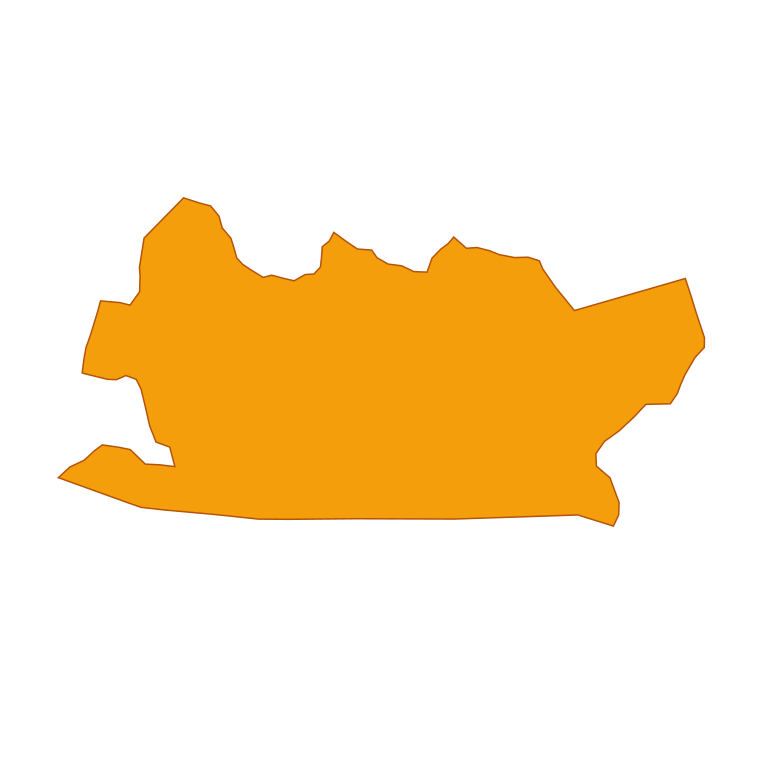 the district of Agrestina, Pernambuco, Brazil, rotated 287°
{"feature_id": "56859067B81432664711223", "entity_name": "Agrestina", "entity_type": "district", "adm_level": 2, "iso_a3": "BRA", "parent_name": "Brazil", "parent_adm1": "Pernambuco", "projection": "orthographic", "projection_center": [-35.937, -8.459], "detail": "fine", "context": "isolated", "style": "filled", "palette": "amber", "viewbox_px": 768, "rotation_deg": 287, "n_neighbors": 0, "source": "geoboundaries", "source_scale": "gbopen_adm2", "svg_char_len": 1424}
<svg xmlns="http://www.w3.org/2000/svg" viewBox="0 0 768 768"><g transform="rotate(287 384 384)"><path d="M453.4,111.9L424.1,116.0L415.8,119.2L400.7,123.3L385.2,118.1L384.6,107.6L380.6,88.6L369.3,89.0L359.5,89.0L345.9,89.0L331.5,88.4L319.7,89.8L306.2,92.2L307.6,118.1L309.9,126.8L316.6,134.7L316.0,145.7L307.9,153.3L294.0,161.5L275.4,172.2L261.8,183.0L261.0,197.6L243.9,208.1L241.1,193.0L237.6,179.0L247.1,160.6L246.0,149.3L243.4,132.4L235.3,126.5L223.5,119.6L212.7,107.8L199.2,100.0L195.5,174.7L195.0,187.7L199.7,212.8L209.6,259.7L218.1,303.5L226.7,332.3L247.1,397.0L275.4,490.7L315.4,607.5L315.2,644.9L327.3,646.7L339.3,643.5L360.4,627.5L367.6,611.1L379.4,607.0L393.5,611.6L408.2,622.7L425.3,632.6L441.1,640.4L448.8,663.6L460.6,667.3L469.6,667.8L480.9,669.1L500.4,673.7L512.5,679.6L522.0,676.9L543.3,661.8L558.1,651.8L573.0,641.3L509.9,544.6L526.9,519.3L540.5,502.1L547.2,496.6L547.4,484.7L543.1,472.0L541.4,456.4L542.3,445.9L541.7,433.1L537.9,423.1L544.9,407.7L537.0,404.3L529.6,398.9L518.3,393.1L503.6,392.5L500.2,379.7L502.2,366.4L499.9,352.9L502.7,340.4L508.5,333.1L505.3,319.1L509.4,305.8L514.3,291.7L504.8,289.9L497.2,284.8L486.0,287.4L477.2,289.0L468.7,284.8L465.6,276.6L456.4,267.9L455.7,257.4L455.2,244.7L450.6,237.3L454.3,223.2L457.0,214.0L461.5,206.3L470.2,200.8L478.6,195.0L486.0,183.6L496.2,177.2L503.6,166.1L503.1,154.8L503.4,137.9L453.4,111.9Z" fill="#f59e0b" stroke="#b45309" stroke-width="1.5"/></g></svg>